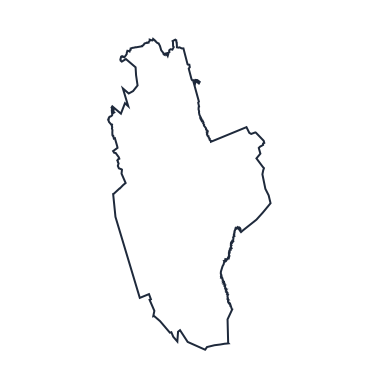 Ropažu pag., Ropazu, Latvia (Robinson projection), rotated 80°
{"feature_id": "27541924B37788999890601", "entity_name": "Ropažu pag.", "entity_type": "district", "adm_level": 2, "iso_a3": "LVA", "parent_name": "Latvia", "parent_adm1": "Ropazu", "projection": "robinson", "projection_center": [24.589, 56.979], "detail": "fine", "context": "isolated", "style": "outline", "palette": "slate", "viewbox_px": 384, "rotation_deg": 80, "n_neighbors": 0, "source": "geoboundaries", "source_scale": "gbopen_adm2", "svg_char_len": 5999}
<svg xmlns="http://www.w3.org/2000/svg" viewBox="0 0 384 384"><g transform="rotate(80 192 192)"><path d="M181.0,117.0L179.6,117.9L170.1,122.7L166.1,118.0L160.2,118.6L159.2,117.2L158.0,113.8L156.6,113.6L156.2,112.3L154.0,112.5L144.6,118.8L144.3,119.3L145.1,123.6L143.7,125.3L137.6,127.1L145.8,164.6L144.9,164.5L144.8,164.8L143.6,165.6L143.1,165.6L142.7,165.3L141.5,165.9L141.4,166.1L139.9,166.1L139.8,166.6L139.6,166.8L138.7,167.1L138.1,167.0L137.6,167.3L137.2,167.2L136.6,166.6L135.6,167.1L135.3,166.6L135.5,166.4L135.2,166.0L134.5,166.0L133.0,167.3L132.8,167.3L132.8,167.0L131.3,167.3L128.9,168.6L128.3,168.7L127.9,168.4L126.2,169.1L125.6,168.6L123.6,169.2L124.0,170.0L121.0,171.0L120.8,171.0L121.0,170.2L117.2,171.3L114.7,171.3L113.9,171.0L111.7,171.2L109.5,170.7L109.2,170.2L105.1,170.4L104.2,169.5L85.0,171.3L85.2,171.0L84.3,170.8L84.4,170.5L84.3,170.4L83.9,170.5L84.9,170.1L84.5,170.0L84.9,169.7L84.1,169.3L84.1,169.0L83.9,168.8L84.0,168.4L86.3,166.4L84.9,165.3L82.7,167.3L82.2,169.1L83.2,169.6L83.0,170.3L82.3,170.8L82.5,171.1L82.0,172.4L80.7,172.9L69.9,173.8L68.7,172.5L66.2,172.5L65.8,173.9L65.5,174.2L49.1,175.5L48.8,177.2L47.4,179.1L47.5,180.3L46.9,181.7L42.3,181.1L42.2,181.3L39.8,181.2L39.7,181.8L39.1,182.1L40.0,184.9L40.9,184.7L45.1,185.3L46.1,184.8L48.4,186.6L47.7,188.2L48.2,189.5L49.0,190.0L50.4,190.0L50.8,191.0L50.9,192.5L51.4,192.7L51.8,192.4L51.7,191.5L52.0,191.4L53.8,192.3L52.5,192.7L52.3,193.0L52.4,193.3L51.0,194.1L51.0,194.4L51.4,194.9L52.2,195.1L51.5,196.0L49.9,196.2L47.1,197.7L42.6,198.2L39.8,199.1L39.4,200.1L37.1,201.9L36.8,201.8L34.5,203.7L35.8,204.4L35.9,204.8L34.6,207.2L35.8,207.4L36.8,208.7L37.3,208.8L37.1,210.1L37.4,210.1L37.3,211.4L37.5,213.0L38.8,214.2L39.4,215.8L39.8,215.8L39.8,222.3L39.6,222.6L39.8,224.1L39.7,225.4L40.0,227.5L41.3,227.7L41.6,228.5L42.8,229.1L42.0,230.2L41.7,231.1L43.7,232.1L44.9,232.4L47.6,235.2L47.2,235.9L46.5,236.5L46.9,236.8L46.8,237.3L46.2,237.8L46.4,238.3L48.4,239.2L49.3,239.3L49.3,239.5L50.2,239.5L51.4,238.5L49.6,234.0L59.4,225.9L67.2,226.8L77.6,227.1L82.4,232.5L84.0,237.2L78.0,242.1L96.4,239.9L92.9,242.6L102.5,248.4L93.8,255.6L94.8,256.5L96.3,255.5L96.6,254.8L98.9,255.3L99.5,255.3L100.1,254.8L100.5,255.7L97.3,255.2L95.8,256.0L96.2,256.4L96.8,256.1L97.5,256.8L97.9,256.7L98.8,256.7L99.1,257.0L101.3,257.0L102.3,257.2L102.8,257.6L103.2,258.4L103.6,259.3L103.5,259.9L103.6,260.2L105.0,261.4L105.4,261.2L106.4,261.6L106.5,262.0L107.4,261.7L108.5,261.6L111.4,259.9L111.5,259.2L111.9,259.0L112.7,259.5L114.3,259.3L115.4,259.8L117.2,259.6L119.4,260.1L122.1,260.5L122.9,260.3L123.0,259.8L125.8,259.7L125.6,258.6L134.2,257.7L135.6,257.7L138.0,262.6L139.9,261.8L140.3,260.4L145.0,258.1L145.9,257.9L146.6,257.8L147.1,259.4L148.1,260.1L148.7,259.6L149.9,259.8L151.0,259.3L153.4,260.5L156.0,259.9L157.5,257.3L157.9,257.1L161.7,258.2L171.6,255.8L173.2,258.6L176.0,262.5L175.9,262.7L180.2,269.4L180.3,270.0L203.2,271.7L287.2,261.8L285.1,252.1L290.5,251.1L290.8,252.5L302.5,249.7L307.6,251.7L307.5,250.9L313.6,245.9L326.7,238.2L326.5,236.7L331.3,235.6L336.7,232.4L327.2,230.0L326.0,227.8L338.9,222.3L349.5,206.6L349.3,206.4L349.4,206.2L347.3,204.2L346.8,196.5L347.1,190.7L347.1,185.7L347.2,185.4L347.4,182.3L346.9,182.6L323.6,179.1L314.6,172.8L314.4,173.1L309.4,173.8L309.6,174.0L309.3,174.0L308.4,174.8L307.8,174.7L307.8,175.1L307.6,175.2L306.0,175.3L306.0,175.5L305.0,175.3L303.9,175.5L303.7,175.4L303.6,175.6L303.3,175.5L303.4,175.3L303.0,175.5L302.7,175.4L302.5,175.1L300.9,175.2L299.9,174.7L299.6,175.0L299.1,174.9L299.0,174.7L298.7,175.1L298.3,174.7L297.8,174.9L297.5,174.7L297.2,175.2L296.3,175.1L296.2,175.5L295.9,175.3L295.5,175.3L295.3,175.6L295.2,175.5L294.0,175.6L293.9,175.4L293.8,175.7L293.5,175.6L293.5,175.8L293.1,176.0L293.0,175.8L292.7,176.0L292.3,175.7L290.9,176.1L290.6,175.8L290.1,175.7L290.0,176.0L289.6,175.7L289.5,176.1L289.2,176.1L289.3,176.3L288.9,176.3L288.9,176.0L288.6,176.2L287.9,175.9L287.8,176.2L287.5,176.3L286.8,176.2L287.0,176.6L286.3,176.4L286.1,176.4L286.1,176.6L285.9,176.4L285.6,176.6L284.6,176.8L284.6,177.1L284.0,176.9L283.8,177.1L283.4,177.2L282.3,177.0L282.0,177.1L281.9,177.4L281.3,177.4L281.1,177.6L281.1,177.8L280.8,177.8L280.9,178.1L280.3,177.9L280.5,177.6L280.3,177.6L279.6,177.6L279.4,177.7L279.4,177.9L278.9,177.7L279.0,177.5L278.6,177.5L278.0,177.8L277.4,177.7L277.1,177.8L275.3,177.3L270.4,174.8L268.7,173.4L267.4,172.9L267.1,172.6L266.2,172.4L266.2,172.0L265.5,172.3L265.5,172.1L265.9,171.9L265.9,171.4L265.6,171.6L265.3,171.4L265.2,171.7L264.9,171.4L265.0,171.1L264.5,170.9L264.9,169.9L265.2,170.1L265.1,169.9L264.4,169.7L264.2,169.8L264.4,169.2L264.2,169.0L264.4,169.0L264.0,168.9L263.8,168.5L263.7,168.6L263.8,168.4L263.6,168.3L263.8,168.2L263.2,167.7L263.4,167.6L263.1,167.3L263.2,167.2L261.4,166.8L261.5,166.7L261.2,166.5L261.6,166.3L261.4,166.2L260.9,166.4L259.2,166.4L258.9,165.9L258.3,166.0L258.3,165.8L258.4,165.6L257.8,165.3L257.6,165.4L257.6,165.8L256.7,165.7L256.3,165.4L256.5,165.3L256.1,165.1L256.1,164.9L255.8,164.9L255.2,164.2L255.2,164.5L254.9,164.4L255.1,164.6L254.8,164.6L254.7,164.3L254.8,164.1L254.5,164.0L254.6,163.9L254.2,163.9L254.2,163.7L253.7,163.4L253.4,163.4L253.9,163.3L254.0,162.9L253.3,163.0L253.1,162.6L253.1,163.1L253.3,163.1L252.8,163.2L252.1,163.1L251.6,162.5L251.0,163.0L250.4,162.8L250.3,162.6L249.6,162.7L249.0,162.4L249.1,162.0L248.8,161.9L248.3,162.1L248.1,161.8L248.6,161.4L247.9,161.1L248.5,160.8L248.2,160.5L248.0,160.9L247.6,160.5L247.6,160.3L247.1,160.5L247.0,159.9L246.5,159.9L245.1,159.3L244.0,159.4L243.3,158.6L243.0,158.8L242.7,158.6L242.6,158.1L242.3,158.3L241.6,157.9L241.3,158.2L240.8,157.9L240.6,157.9L240.4,157.6L240.2,157.6L239.2,157.1L238.8,157.3L237.9,156.7L237.5,156.7L237.2,156.3L235.9,155.7L235.9,155.4L235.4,155.3L235.7,154.7L234.9,154.6L235.2,153.8L234.7,153.3L236.1,152.6L234.9,152.4L234.9,151.9L235.6,151.1L237.1,150.6L237.9,151.1L239.1,151.2L240.0,150.7L238.7,148.6L230.4,133.3L224.7,126.0L216.7,116.6L208.6,117.1L201.6,119.2L186.8,119.6L183.0,118.1L181.0,117.0Z" fill="none" stroke="#1e293b" stroke-width="2"/></g></svg>